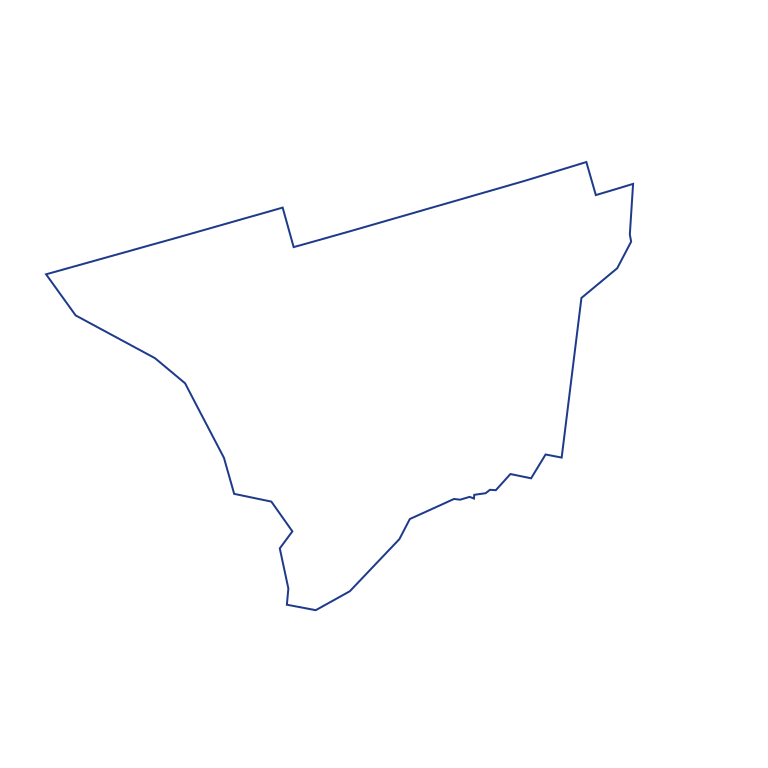 Muscogee, Georgia, United States of America (Albers equal-area conic projection), rotated 344°
{"feature_id": "52423323B73229184537448", "entity_name": "Muscogee", "entity_type": "district", "adm_level": 2, "iso_a3": "USA", "parent_name": "United States of America", "parent_adm1": "Georgia", "projection": "albers", "projection_center": [-84.88, 32.491], "detail": "fine", "context": "isolated", "style": "outline", "palette": "blue", "viewbox_px": 768, "rotation_deg": 344, "n_neighbors": 0, "source": "geoboundaries", "source_scale": "gbopen_adm2", "svg_char_len": 741}
<svg xmlns="http://www.w3.org/2000/svg" viewBox="0 0 768 768"><g transform="rotate(344 384 384)"><path d="M639.7,226.4L574.2,227.5L391.8,227.8L345.1,227.6L334.9,227.5L335.2,186.5L327.9,186.5L294.0,186.4L229.3,186.3L89.4,185.4L106.5,233.1L153.9,279.4L171.0,296.1L193.0,328.5L197.7,351.8L199.0,358.1L199.2,359.1L209.1,407.4L209.8,411.0L209.7,448.3L243.3,466.0L255.3,500.4L238.5,513.3L235.7,554.2L229.8,569.4L256.0,582.6L294.0,573.8L356.1,537.3L371.6,520.9L419.6,513.8L425.3,516.2L435.2,516.1L438.9,518.9L440.2,515.4L451.6,517.0L456.7,514.9L462.2,516.9L480.7,505.4L499.4,515.2L519.9,496.3L534.5,503.7L597.5,355.7L640.1,337.0L660.8,315.3L661.5,308.1L678.6,260.3L639.7,260.8L639.7,226.4Z" fill="none" stroke="#1e3a8a" stroke-width="2"/></g></svg>